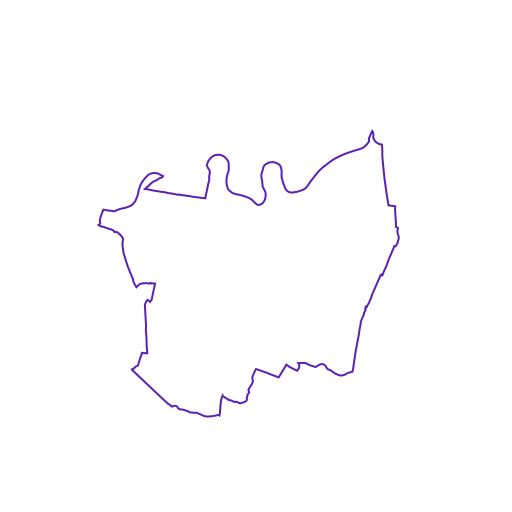 outline of Lalosu, Vâlcea, Romania, rotated 129°
{"feature_id": "2599482B21143876013392", "entity_name": "Lalosu", "entity_type": "district", "adm_level": 2, "iso_a3": "ROU", "parent_name": "Romania", "parent_adm1": "Vâlcea", "projection": "equal_earth", "projection_center": [24.059, 44.531], "detail": "fine", "context": "isolated", "style": "outline", "palette": "violet", "viewbox_px": 512, "rotation_deg": 129, "n_neighbors": 0, "source": "geoboundaries", "source_scale": "gbopen_adm2", "svg_char_len": 6110}
<svg xmlns="http://www.w3.org/2000/svg" viewBox="0 0 512 512"><g transform="rotate(129 256 256)"><path d="M422.3,281.1L422.5,280.7L422.6,279.5L425.3,244.5L426.2,231.6L425.8,228.6L426.1,227.4L426.0,226.8L425.8,226.4L424.2,225.6L423.0,224.1L422.7,223.2L422.7,222.5L422.8,221.9L423.2,221.3L423.3,220.9L423.2,218.6L422.4,217.9L420.5,214.2L420.2,212.8L419.5,211.5L419.4,210.2L419.2,209.2L418.9,208.5L417.5,206.8L417.1,205.7L415.8,204.4L415.3,203.6L414.6,201.2L414.0,199.5L413.1,195.7L411.4,192.7L408.0,189.2L406.2,187.6L403.1,185.1L402.9,184.7L402.9,184.1L400.9,185.1L393.6,190.2L391.9,191.1L390.7,192.1L388.9,193.0L385.4,194.1L385.8,193.3L385.6,192.2L385.4,190.6L385.5,189.8L385.0,188.5L384.9,187.9L385.2,186.8L384.7,185.6L384.3,185.4L383.4,182.7L383.2,181.6L382.9,180.7L381.7,179.6L381.3,179.0L381.1,177.3L380.5,175.6L380.0,175.1L378.9,174.5L377.0,173.2L375.9,172.7L374.4,172.3L373.3,172.7L372.1,173.8L368.7,175.4L367.1,175.3L366.3,175.5L365.6,176.3L365.3,177.1L364.9,177.6L364.1,177.9L358.2,178.6L356.1,179.2L354.8,180.0L353.9,181.3L353.0,182.2L350.9,183.2L346.0,184.5L343.8,184.8L339.9,173.9L338.5,169.2L336.0,162.0L321.3,164.0L321.1,160.1L319.3,151.8L316.0,152.1L314.5,152.9L313.8,153.6L313.2,154.5L312.6,155.8L312.0,154.9L311.1,154.1L310.8,153.5L309.5,152.3L308.7,151.3L308.6,150.8L307.6,149.3L307.7,148.2L307.6,147.6L307.1,146.8L307.0,145.4L306.1,143.2L305.1,140.5L304.6,139.7L300.5,138.3L299.7,137.8L298.5,136.8L298.0,136.0L297.7,135.0L297.5,133.9L297.6,132.8L298.4,130.8L298.8,128.8L298.7,128.3L297.9,126.5L297.9,124.7L297.6,123.0L297.7,122.2L297.5,120.6L296.9,118.5L296.8,117.6L296.0,116.0L296.0,115.4L295.2,114.5L293.4,112.9L292.6,112.4L288.8,110.9L285.3,108.2L284.0,108.9L283.5,109.0L267.3,118.6L253.7,125.9L246.5,130.1L244.8,130.9L240.9,133.2L238.3,134.1L234.5,135.1L233.0,135.7L231.8,136.4L230.2,136.4L229.7,136.6L229.2,136.7L228.9,137.0L228.9,137.3L228.6,137.8L228.3,137.8L227.9,138.1L227.0,138.0L226.9,138.2L226.8,138.6L226.4,138.8L226.0,138.8L225.8,138.6L225.7,137.9L223.2,138.5L221.6,138.6L219.1,139.4L215.8,140.2L215.7,140.4L212.6,141.6L192.0,147.2L191.7,147.1L191.9,146.6L191.6,145.6L186.2,147.3L182.7,148.1L174.3,150.9L164.1,153.8L161.2,154.8L160.7,153.6L157.7,154.0L155.3,154.8L154.9,155.3L153.8,155.5L152.0,156.4L151.5,156.8L149.8,159.5L147.7,161.9L146.7,162.2L144.8,163.3L145.4,165.5L141.2,169.0L132.6,177.0L129.7,179.2L133.2,184.8L133.2,185.1L132.6,185.4L131.5,186.9L124.2,195.0L115.2,204.6L106.6,213.2L99.9,219.7L96.5,222.7L95.0,223.8L92.2,226.3L91.0,227.5L90.2,228.4L91.2,230.0L91.8,232.3L92.0,234.4L91.6,236.6L90.1,239.6L88.2,240.8L87.2,241.7L86.0,243.5L85.8,244.3L88.8,243.6L92.7,242.5L94.4,241.6L95.9,240.2L99.4,240.1L103.1,240.5L104.3,240.9L106.2,241.8L116.0,248.3L119.9,250.7L123.8,252.8L130.3,255.8L135.3,257.5L144.8,259.8L148.1,260.3L150.6,260.6L154.0,260.7L164.2,260.5L168.5,260.0L171.3,260.1L172.9,260.3L174.3,260.9L177.5,262.6L181.1,265.1L182.2,266.4L183.6,267.4L184.5,268.6L185.0,269.5L185.5,270.7L185.8,271.9L185.6,274.2L185.3,275.3L184.6,276.7L183.3,278.7L183.1,279.2L182.9,279.9L182.6,280.0L181.7,281.5L178.8,285.5L177.2,287.0L175.1,288.5L173.4,290.0L172.4,291.2L171.2,292.7L170.7,294.0L170.5,294.7L170.3,295.1L170.4,296.1L170.9,298.7L171.8,301.0L172.6,302.2L174.1,303.8L175.3,304.7L176.2,305.2L178.4,306.1L180.1,306.5L181.8,306.3L184.4,305.1L188.0,303.8L190.0,302.6L191.8,300.9L193.4,298.9L196.9,295.4L197.9,294.5L200.1,289.4L200.6,288.7L201.8,287.4L203.8,285.9L206.7,284.6L207.8,284.3L208.8,284.2L210.1,284.1L211.6,284.3L212.3,284.5L213.1,284.9L214.5,286.0L215.0,286.6L215.4,287.3L215.4,288.3L215.2,292.0L214.8,294.7L215.3,297.8L216.4,301.5L217.9,305.2L219.1,307.8L220.6,310.5L221.6,313.1L221.9,314.8L221.9,317.9L221.9,318.6L221.5,320.0L220.8,321.1L219.4,323.1L217.6,325.1L215.1,327.1L212.7,328.6L210.2,329.7L206.9,330.9L201.3,335.4L200.2,336.7L199.6,338.2L198.9,340.5L198.8,342.1L198.9,344.4L199.4,346.3L199.9,347.3L200.7,348.5L201.6,349.7L202.7,350.7L203.9,351.6L205.6,352.3L207.5,352.8L209.5,352.9L212.2,352.8L213.1,352.6L215.0,351.9L216.1,351.4L216.9,350.5L217.7,349.0L218.6,346.2L219.1,345.5L219.7,344.8L220.6,344.1L221.7,343.5L223.3,342.7L225.0,341.4L225.8,340.5L226.9,339.9L229.8,338.6L238.3,334.2L240.4,333.2L243.0,331.7L245.2,334.8L245.8,336.2L246.6,337.3L250.0,342.9L252.0,346.6L253.3,348.4L253.7,349.6L254.0,350.1L254.4,350.4L255.0,351.3L256.5,354.0L256.6,354.7L256.7,354.8L257.4,354.9L260.7,361.2L262.6,364.2L263.2,365.5L263.2,365.9L265.6,369.8L268.8,375.4L271.2,379.7L271.8,381.1L273.2,383.6L273.9,384.2L274.0,384.5L271.2,384.1L270.0,383.8L269.3,383.5L268.7,383.6L265.8,383.3L263.4,382.8L261.9,382.2L259.1,380.7L257.4,380.3L256.4,380.0L254.0,378.4L253.4,378.3L252.4,378.6L253.0,381.0L253.4,383.3L253.9,384.7L254.8,386.3L255.8,387.6L258.2,389.7L259.7,390.4L260.9,390.8L265.6,391.2L268.2,391.2L269.5,391.0L270.1,391.1L273.8,390.4L278.2,388.8L279.4,388.2L281.1,387.1L284.4,385.8L288.0,384.7L289.0,384.4L292.4,384.3L294.3,384.5L296.8,385.5L298.6,386.5L301.2,388.2L303.6,390.2L305.6,391.7L306.9,392.2L308.5,393.4L309.4,393.6L310.3,394.2L310.9,394.9L312.2,397.3L313.4,399.0L316.0,403.8L323.7,401.3L327.0,399.5L327.8,398.4L328.6,397.7L329.6,397.5L331.0,397.9L331.1,397.0L330.7,395.8L329.1,392.2L328.7,390.8L328.2,389.6L327.8,388.4L326.5,385.3L325.9,382.6L326.0,382.3L326.4,381.7L326.4,381.2L325.1,379.3L324.7,378.3L324.7,377.6L325.0,376.7L324.8,376.0L325.0,375.3L325.0,374.5L325.5,371.7L325.9,370.7L326.7,369.7L328.0,369.1L331.4,366.8L336.9,361.0L344.2,350.1L345.3,348.3L346.5,345.9L347.9,343.9L348.8,341.6L350.2,339.4L351.2,337.2L352.8,335.5L354.4,332.6L354.9,330.7L355.5,329.3L351.5,328.8L350.8,328.5L349.6,327.7L348.4,326.6L347.8,325.9L347.4,325.6L347.0,325.0L346.3,324.5L345.6,323.5L344.9,321.7L344.5,321.5L343.3,321.2L343.2,320.9L343.3,320.1L343.1,319.7L342.2,319.0L340.9,317.1L355.9,309.5L356.5,309.6L358.4,309.4L358.2,312.3L358.2,312.5L358.3,312.6L359.1,312.7L360.2,312.7L363.7,311.8L378.6,298.3L380.8,296.4L382.8,295.1L388.4,289.7L395.2,283.9L398.2,280.9L400.1,279.3L403.4,284.4L403.3,283.4L407.5,282.0L415.3,278.9L416.0,279.0L417.2,279.7L418.1,280.0L420.2,280.0L421.5,281.0L421.9,281.1L422.3,281.1Z" fill="none" stroke="#5b21b6" stroke-width="2"/></g></svg>